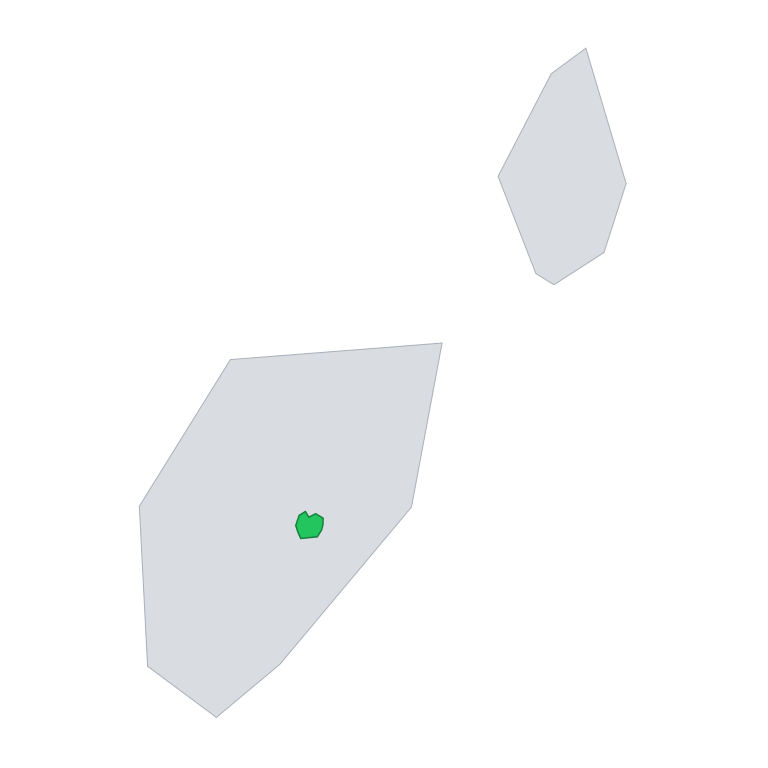 Malta, with Iklin highlighted, rotated 86°
{"feature_id": "MLT-5931", "entity_name": "Iklin", "entity_type": "state/province", "adm_level": 1, "iso_a3": "MLT", "parent_name": "Malta", "parent_adm1": "", "projection": "robinson", "projection_center": [14.454, 35.906], "detail": "fine", "context": "in_parent", "style": "filled", "palette": "green", "viewbox_px": 768, "rotation_deg": 86, "n_neighbors": 0, "source": "natural_earth", "source_scale": "10m", "svg_char_len": 567}
<svg xmlns="http://www.w3.org/2000/svg" viewBox="0 0 768 768"><g transform="rotate(86 384 384)"><path d="M704.9,574.5L649.1,639.5L488.9,636.6L348.9,535.5L347.2,323.2L508.7,365.2L656.3,507.4L704.9,574.5ZM284.4,224.8L184.8,255.7L86.1,195.5L63.1,159.2L201.0,128.5L268.2,155.4L296.8,207.6L284.4,224.8Z" fill="#d9dde1" stroke="#a8b0b8" stroke-width="1"/><path d="M513.6,454.1L520.0,454.7L525.4,456.5L531.8,461.2L532.3,477.8L525.9,480.2L519.0,481.9L509.1,477.8L505.7,471.3L511.6,468.3L508.6,461.2L513.6,454.1Z" fill="#22c55e" stroke="#15803d" stroke-width="1.5"/></g></svg>